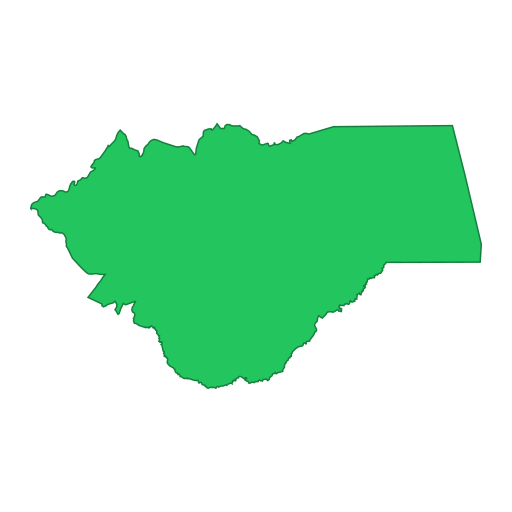 the district of Zomba, Zomba, Malawi
{"feature_id": "42251766B13881881574545", "entity_name": "Zomba", "entity_type": "district", "adm_level": 2, "iso_a3": "MWI", "parent_name": "Malawi", "parent_adm1": "Zomba", "projection": "albers", "projection_center": [35.302, -15.438], "detail": "fine", "context": "isolated", "style": "filled", "palette": "green", "viewbox_px": 512, "rotation_deg": 0, "n_neighbors": 0, "source": "geoboundaries", "source_scale": "gbopen_adm2", "svg_char_len": 6044}
<svg xmlns="http://www.w3.org/2000/svg" viewBox="0 0 512 512"><path d="M57.6,191.7L54.9,195.4L52.6,196.2L50.6,196.1L48.4,194.8L46.4,194.2L45.6,194.7L45.3,196.7L45.0,196.9L44.4,197.2L42.4,196.8L40.9,197.2L37.6,201.4L34.1,202.5L32.4,203.7L31.5,205.0L30.7,208.4L31.2,209.1L31.4,208.5L33.4,208.5L36.0,209.0L37.8,210.4L38.3,215.0L41.2,218.0L42.3,219.7L42.6,222.8L44.0,223.2L45.6,224.6L46.2,226.0L47.5,226.7L48.3,228.6L49.0,229.3L49.9,229.8L51.7,229.5L52.9,231.1L54.3,232.0L56.7,232.5L58.2,232.3L59.9,233.1L61.6,232.7L64.1,234.3L66.2,238.3L65.9,241.8L66.5,244.3L66.3,246.3L67.5,247.9L72.4,258.1L81.9,268.3L86.7,272.8L88.5,273.9L91.1,274.1L96.2,273.6L100.4,274.4L105.2,274.4L102.6,277.6L100.6,280.9L97.8,284.2L96.2,286.9L88.0,297.4L101.8,303.9L102.1,305.9L103.3,306.8L105.6,306.0L107.8,304.4L113.3,302.8L114.7,301.3L115.3,301.6L116.9,304.5L116.5,307.4L115.0,309.7L116.3,311.2L117.8,314.1L118.3,314.3L119.3,313.2L120.7,308.8L123.3,303.5L124.9,304.5L126.0,304.7L134.5,301.5L135.4,301.7L134.2,303.7L133.3,306.1L132.3,307.2L132.3,308.2L131.8,309.6L132.5,312.0L134.0,312.6L134.9,314.9L134.0,317.7L133.4,318.5L133.8,319.3L133.5,320.8L133.9,321.2L134.0,322.6L134.6,323.4L136.1,323.4L138.9,325.4L145.5,327.6L145.6,327.2L147.5,327.6L148.8,327.0L149.2,327.3L149.0,327.8L149.5,327.8L149.7,326.9L150.6,326.8L151.1,326.0L152.7,326.8L153.0,327.7L154.3,327.5L154.1,328.3L154.4,328.7L154.9,328.5L155.9,330.3L156.8,330.8L156.7,333.2L158.5,335.4L159.3,335.8L159.0,336.1L159.0,337.0L159.5,337.9L159.0,338.5L159.6,339.1L158.9,341.4L160.2,341.8L160.1,342.3L160.5,342.4L161.9,342.0L161.8,343.9L161.1,344.6L161.9,345.2L163.1,351.0L164.1,351.6L164.3,352.0L163.6,353.3L164.9,355.5L164.1,356.0L164.4,356.4L165.2,355.9L166.0,357.2L166.9,357.6L166.8,358.1L167.8,359.1L167.2,362.0L167.5,363.4L170.0,366.1L173.5,367.9L174.3,369.2L174.8,369.2L175.2,371.6L176.5,373.0L177.5,373.0L178.1,374.6L179.0,374.2L180.2,375.6L180.1,376.6L181.1,376.5L183.5,378.2L184.9,378.6L185.9,378.3L186.8,378.6L187.2,378.1L187.8,378.8L188.7,378.5L194.2,380.3L196.6,380.6L197.6,380.3L198.0,380.5L198.7,382.7L199.1,383.0L200.5,382.3L201.4,382.7L202.2,384.6L205.2,385.4L205.2,386.4L206.6,386.9L206.8,387.7L208.2,388.2L211.0,387.2L212.4,387.6L214.4,387.4L215.8,388.2L217.0,386.6L218.0,386.5L218.7,387.1L221.0,385.9L223.0,386.0L225.8,384.9L226.7,385.4L228.1,384.1L230.9,383.1L232.1,383.7L231.9,382.8L233.0,381.7L232.7,380.8L233.6,380.4L235.6,380.8L236.0,380.0L235.3,379.2L237.0,378.1L238.5,377.9L238.6,376.9L239.4,376.3L241.3,376.7L244.3,378.9L245.2,377.8L246.2,377.7L246.7,378.5L245.1,379.7L245.1,380.2L248.2,381.6L248.7,383.0L250.1,383.2L251.6,382.2L254.5,382.5L255.5,381.5L257.9,381.7L259.4,379.9L260.6,380.8L261.5,380.6L262.4,381.1L263.3,379.4L266.7,379.2L267.4,380.5L267.8,380.6L269.3,379.3L269.8,377.4L272.0,375.8L272.6,373.9L274.1,373.6L275.0,372.5L275.9,373.7L276.4,373.7L277.6,372.8L282.7,371.4L282.7,370.0L284.5,367.1L284.5,365.6L285.3,363.2L285.8,363.2L286.4,361.4L288.1,360.2L288.6,358.2L290.0,357.7L290.0,356.8L291.3,356.3L291.4,353.8L292.0,353.2L292.4,351.8L295.9,348.4L298.4,346.8L302.7,345.8L303.7,343.0L304.7,343.0L305.8,343.9L306.3,343.7L306.0,342.3L306.6,341.5L309.5,341.2L310.0,339.8L313.6,335.1L314.9,331.9L315.9,331.6L316.6,330.1L316.5,329.1L315.0,326.5L314.6,325.1L315.0,323.6L317.2,321.2L317.6,318.1L318.6,315.8L322.3,318.1L326.1,314.2L326.8,312.9L327.7,312.0L331.1,311.7L332.5,312.2L333.9,311.9L337.6,309.6L338.1,309.8L338.7,311.1L340.2,311.1L341.0,311.7L341.4,311.4L341.6,308.9L340.8,308.4L339.9,308.5L339.9,308.0L339.1,307.5L339.2,306.0L339.6,305.1L340.1,304.9L340.7,305.6L343.5,305.3L343.9,305.6L344.9,304.0L345.9,304.1L346.7,303.6L348.4,304.4L348.8,304.2L349.7,303.1L349.7,301.6L350.2,300.8L350.7,300.9L351.5,302.0L352.9,302.0L353.7,301.3L354.7,301.4L355.0,299.0L356.8,299.1L356.7,297.6L357.2,295.7L357.0,294.7L359.3,293.1L359.5,294.1L360.4,294.7L361.1,294.6L361.0,294.1L361.4,292.8L362.1,292.0L362.1,291.1L363.0,291.1L363.2,290.6L363.1,289.2L364.3,288.5L365.2,287.3L363.9,286.5L363.8,285.6L364.3,285.4L365.1,285.9L365.6,284.6L366.5,284.0L365.8,283.0L367.2,281.9L367.6,279.0L369.1,279.1L369.8,277.8L371.1,278.5L372.8,277.5L374.2,277.8L374.7,276.9L374.3,275.7L375.7,275.3L376.3,274.5L376.8,274.4L377.5,275.0L378.7,273.5L380.7,273.2L382.7,270.2L382.6,269.2L382.1,268.5L383.7,267.4L383.9,265.0L385.5,263.7L386.1,262.4L480.2,262.1L481.3,244.3L464.9,174.8L452.4,125.6L333.5,126.7L308.7,134.1L306.2,133.3L303.7,133.6L299.0,136.5L297.1,137.0L294.5,140.4L293.1,140.6L292.3,141.4L291.8,141.3L291.2,139.8L289.7,140.3L289.6,141.5L290.3,143.4L285.5,142.3L283.9,141.1L283.0,140.9L281.3,142.9L278.4,144.4L276.9,144.7L274.8,144.2L274.7,143.1L274.3,142.9L273.7,144.8L269.5,146.2L268.8,145.6L268.3,143.7L267.4,143.3L262.2,145.1L259.0,143.5L259.4,140.8L257.2,136.8L254.6,135.2L252.1,134.6L249.0,131.2L246.0,129.3L243.4,128.8L239.7,125.6L238.9,125.9L233.5,126.0L231.5,125.7L229.8,124.7L226.9,124.5L225.3,125.6L224.2,128.5L221.2,128.5L220.5,128.4L217.1,123.8L215.7,126.1L212.5,129.9L211.6,129.9L211.2,128.9L210.7,128.8L208.4,129.0L204.5,130.4L203.8,131.1L203.4,132.2L203.1,136.3L199.7,139.1L198.8,140.4L196.2,148.7L195.8,153.6L194.8,154.8L193.9,154.0L189.4,147.7L188.0,146.7L183.3,146.3L183.2,145.9L178.5,147.0L175.8,146.7L163.0,142.6L157.2,140.1L153.9,139.4L151.8,140.2L149.7,141.7L147.8,144.6L146.5,145.4L144.2,148.2L143.7,151.7L143.0,154.0L142.5,154.2L142.2,155.6L141.7,155.6L140.6,156.8L139.3,156.2L139.1,153.6L137.8,150.8L135.2,150.1L131.6,148.2L129.8,148.3L129.4,148.0L128.7,146.1L127.9,141.1L127.0,139.9L125.9,135.9L124.7,134.2L123.8,133.9L120.2,130.1L118.1,132.6L116.9,135.0L115.6,139.3L114.5,141.0L109.3,146.3L108.2,145.5L107.4,147.6L106.7,148.1L105.6,150.2L100.1,157.9L98.8,158.7L95.7,159.6L94.5,160.5L93.9,162.6L91.6,165.5L90.9,166.9L92.0,167.9L95.1,167.9L95.1,168.8L93.2,170.6L90.5,172.0L87.4,177.4L85.7,178.3L82.3,177.7L80.6,179.8L77.8,181.1L77.2,183.7L76.4,184.9L75.5,185.3L74.5,185.2L74.0,184.3L74.7,182.4L74.5,181.4L73.5,181.2L72.6,181.5L70.7,184.0L69.7,186.4L69.0,189.7L67.6,191.8L65.3,192.0L63.0,190.9L59.8,190.6L57.6,191.7Z" fill="#22c55e" stroke="#15803d" stroke-width="1.5"/></svg>